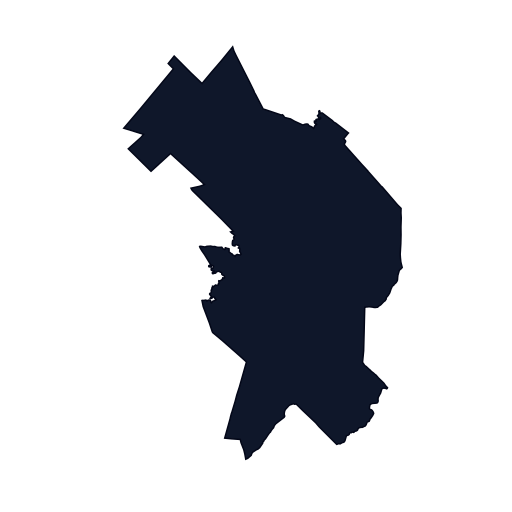 Videle, Teleorman, Romania (Robinson projection), rotated 100°
{"feature_id": "2599482B40288902158054", "entity_name": "Videle", "entity_type": "district", "adm_level": 2, "iso_a3": "ROU", "parent_name": "Romania", "parent_adm1": "Teleorman", "projection": "robinson", "projection_center": [25.561, 44.268], "detail": "fine", "context": "isolated", "style": "filled", "palette": "ink", "viewbox_px": 512, "rotation_deg": 100, "n_neighbors": 0, "source": "geoboundaries", "source_scale": "gbopen_adm2", "svg_char_len": 6144}
<svg xmlns="http://www.w3.org/2000/svg" viewBox="0 0 512 512"><g transform="rotate(100 256 256)"><path d="M406.4,122.7L406.4,121.9L406.1,121.5L406.0,121.0L405.2,120.4L404.9,119.5L404.4,118.9L403.2,118.3L400.2,117.7L399.9,117.3L399.5,116.4L399.0,115.8L396.5,115.3L395.2,114.4L394.0,114.0L393.1,113.5L390.7,112.8L390.3,112.9L388.9,113.8L387.8,115.0L387.5,115.5L387.2,117.2L386.7,117.7L386.1,117.9L383.8,118.0L382.5,117.8L381.8,117.1L381.0,115.8L380.0,112.0L379.5,111.0L379.2,110.8L377.6,110.5L376.2,110.9L374.3,111.1L371.9,110.4L369.4,109.5L365.1,109.0L364.5,108.5L364.0,107.6L363.8,106.0L364.1,104.2L363.6,103.8L362.9,103.6L361.1,106.0L359.1,107.9L354.7,114.4L352.7,116.8L352.3,117.4L351.9,118.4L350.9,119.9L349.6,122.4L348.5,123.8L348.0,124.8L345.7,128.3L345.0,129.9L342.2,132.6L330.8,133.5L287.6,140.0L287.4,139.3L286.8,137.8L286.8,137.2L286.5,136.5L286.3,135.5L286.1,132.1L286.2,130.9L286.0,129.5L285.3,127.3L283.8,126.3L283.6,125.9L282.3,124.6L279.0,122.4L277.4,120.9L276.5,120.7L275.8,120.3L274.5,120.5L271.9,119.0L269.1,117.9L264.5,117.2L263.5,116.8L262.5,116.8L261.3,115.8L260.9,115.3L260.3,115.3L257.9,113.4L256.2,112.7L255.0,112.5L252.2,112.8L250.3,112.9L245.6,112.4L244.5,111.9L243.4,110.9L241.9,110.0L238.2,111.7L236.4,112.4L232.5,113.5L229.2,114.3L218.9,115.5L210.2,116.8L202.2,118.3L193.2,119.6L188.5,120.7L183.9,121.4L180.9,125.7L166.1,143.7L166.3,143.9L153.7,159.7L153.5,160.3L153.0,160.4L147.3,167.9L131.5,187.9L130.3,188.4L127.9,187.6L127.3,187.7L126.7,188.1L125.4,190.2L124.8,189.7L119.2,186.6L118.8,186.3L111.3,200.6L110.8,202.3L109.3,204.5L103.8,215.3L103.6,216.0L104.2,216.6L104.4,216.9L104.4,217.2L104.0,217.6L102.3,218.3L101.9,218.7L102.1,219.1L102.6,219.3L104.1,218.8L105.7,218.7L107.0,219.7L107.3,219.8L107.9,218.8L108.8,218.4L109.1,218.0L109.0,217.3L108.4,216.5L108.8,216.2L109.4,216.2L109.9,216.5L110.6,217.4L110.6,217.8L110.4,218.5L110.3,218.9L111.1,220.5L111.6,220.6L112.4,219.9L112.7,219.9L113.0,220.1L113.1,220.6L112.8,221.5L113.0,221.9L114.0,221.8L114.9,221.3L115.5,220.3L115.6,219.3L116.0,219.1L116.3,219.3L116.9,220.2L118.2,221.0L119.2,220.9L120.3,221.4L119.5,222.8L119.0,223.9L118.6,226.0L118.3,226.6L117.2,227.7L117.1,228.0L117.3,229.5L118.0,231.2L118.7,232.2L118.8,232.9L116.6,241.4L115.0,245.8L114.6,251.7L114.0,252.5L112.9,253.4L112.3,254.7L112.7,255.3L112.7,255.9L110.1,273.2L110.1,274.4L97.2,284.3L95.2,286.0L94.0,286.6L86.7,291.9L61.8,310.6L58.0,313.3L55.7,314.5L54.1,315.3L69.7,324.0L82.6,331.7L95.5,339.1L86.9,352.0L73.3,371.3L81.7,375.9L86.0,369.8L131.3,395.6L153.1,408.4L155.7,387.8L159.4,390.0L172.6,400.4L190.8,374.1L169.9,358.0L188.5,328.6L194.6,319.2L196.3,322.0L197.3,324.0L200.5,331.8L201.9,330.8L203.1,329.3L225.4,296.7L235.5,282.7L236.7,285.2L237.8,283.6L238.8,281.4L239.6,280.4L239.8,280.4L240.6,281.1L241.8,281.3L242.3,281.1L242.6,280.5L243.3,280.3L244.2,280.9L244.7,281.6L245.8,281.7L248.1,281.5L249.3,281.1L249.5,280.8L249.8,280.1L249.8,278.5L249.2,278.4L248.4,278.0L248.2,277.7L248.6,276.2L248.3,275.3L248.8,274.6L249.8,274.2L250.5,274.6L251.1,274.8L251.5,273.7L251.4,273.4L252.2,273.1L254.4,272.9L255.7,271.7L256.9,271.0L257.8,271.7L257.9,272.1L257.7,273.0L258.0,274.0L257.7,274.6L257.7,274.8L258.9,276.2L259.8,276.3L260.1,276.5L259.8,277.2L259.1,278.0L259.0,279.3L258.0,280.0L257.8,281.1L256.6,283.1L255.9,283.5L255.2,283.4L254.7,283.6L253.7,283.7L253.5,283.9L253.5,284.2L253.5,285.8L253.2,287.2L253.2,287.6L253.7,287.8L254.7,287.5L255.0,287.8L255.1,288.3L254.9,289.2L254.1,290.4L253.4,291.0L253.3,291.3L253.9,294.0L254.1,296.0L253.8,298.2L254.2,300.2L254.1,302.4L255.0,306.1L255.7,307.3L256.0,308.0L256.0,312.1L256.1,312.7L256.3,313.1L256.5,313.2L257.6,312.5L260.2,310.3L263.7,306.8L272.1,299.4L273.3,299.9L273.6,300.7L273.7,300.8L274.3,300.8L274.7,300.6L274.8,300.1L274.7,298.4L274.4,298.2L272.8,297.9L272.9,297.2L273.3,296.1L273.9,296.0L275.5,296.3L275.7,296.5L275.9,297.8L276.7,297.9L277.6,297.6L277.9,297.2L278.1,295.8L278.8,295.3L278.8,295.0L277.7,294.6L277.8,294.3L278.7,294.2L279.8,294.7L279.9,294.9L279.7,295.9L279.9,296.1L280.4,296.1L280.9,295.7L280.9,295.2L280.0,293.5L279.9,292.8L278.3,292.1L277.9,290.7L277.4,290.2L277.3,289.7L278.1,288.5L278.2,287.1L278.6,286.8L279.7,286.6L280.1,286.3L280.5,285.7L281.0,283.9L282.6,283.1L283.0,283.2L283.2,283.4L283.2,284.9L285.3,285.3L285.5,285.8L286.4,286.7L286.8,287.5L286.8,288.3L287.2,288.4L288.1,287.9L288.8,287.9L289.7,287.6L289.8,287.7L289.8,288.2L290.7,288.1L291.1,288.3L291.7,289.6L291.6,290.9L293.0,291.9L293.7,292.9L293.7,293.1L293.2,293.4L293.3,293.6L294.0,293.5L294.6,293.2L294.8,293.3L294.8,293.8L295.0,293.9L296.8,293.7L297.1,294.1L297.4,294.2L299.5,293.7L300.3,294.1L300.9,295.0L301.5,295.1L302.1,294.8L302.3,294.2L303.3,293.3L303.4,292.9L303.8,292.6L304.1,292.7L304.5,293.3L305.5,293.8L305.5,293.1L305.3,292.1L304.5,291.8L303.9,291.1L303.8,290.7L303.9,289.7L304.7,289.4L304.7,288.9L304.8,288.7L305.8,288.4L306.0,287.8L306.3,287.9L308.3,291.0L309.8,291.7L309.6,292.3L309.0,292.7L307.7,293.1L307.4,293.3L307.3,293.7L307.6,294.9L307.9,295.6L308.7,296.3L308.8,296.5L308.6,297.0L308.2,297.3L308.1,297.6L308.3,298.5L308.8,299.4L308.9,300.8L309.2,301.5L315.0,299.2L330.0,290.3L338.2,285.9L339.0,285.2L344.9,274.9L356.5,255.8L362.0,247.0L387.8,249.6L396.4,250.8L402.8,251.3L413.9,252.6L415.5,252.9L419.2,253.2L420.4,253.2L440.8,255.2L440.3,248.5L439.6,241.7L439.3,239.7L442.5,238.3L448.9,234.4L453.0,232.6L457.9,230.8L456.7,229.0L453.1,226.1L451.0,225.8L449.6,225.0L446.6,221.8L445.9,220.6L444.1,219.1L439.2,216.9L438.2,217.0L436.7,216.1L435.6,216.0L435.2,215.5L434.3,214.9L430.8,213.4L427.8,212.0L426.9,211.2L425.8,210.9L424.0,210.1L422.1,208.9L419.8,208.5L417.8,207.4L410.0,200.3L408.9,199.9L408.2,200.1L407.4,200.6L405.7,200.9L403.4,200.8L402.1,200.4L397.6,197.6L396.9,196.9L394.9,193.4L395.2,192.9L395.3,192.3L394.8,190.7L400.0,183.2L409.9,168.2L413.2,164.2L427.5,143.8L426.5,142.1L426.4,140.5L424.9,138.8L424.4,137.7L423.7,136.8L422.3,136.3L417.5,135.8L417.2,135.6L416.4,134.1L415.6,133.3L414.2,133.1L413.7,132.8L413.6,131.6L412.6,130.8L412.8,129.6L412.7,129.1L412.4,128.8L411.7,128.7L410.8,126.7L410.1,126.0L409.6,125.7L408.7,125.6L407.5,125.0L406.4,122.7Z" fill="#0f172a" stroke="#020617" stroke-width="1.5"/></g></svg>